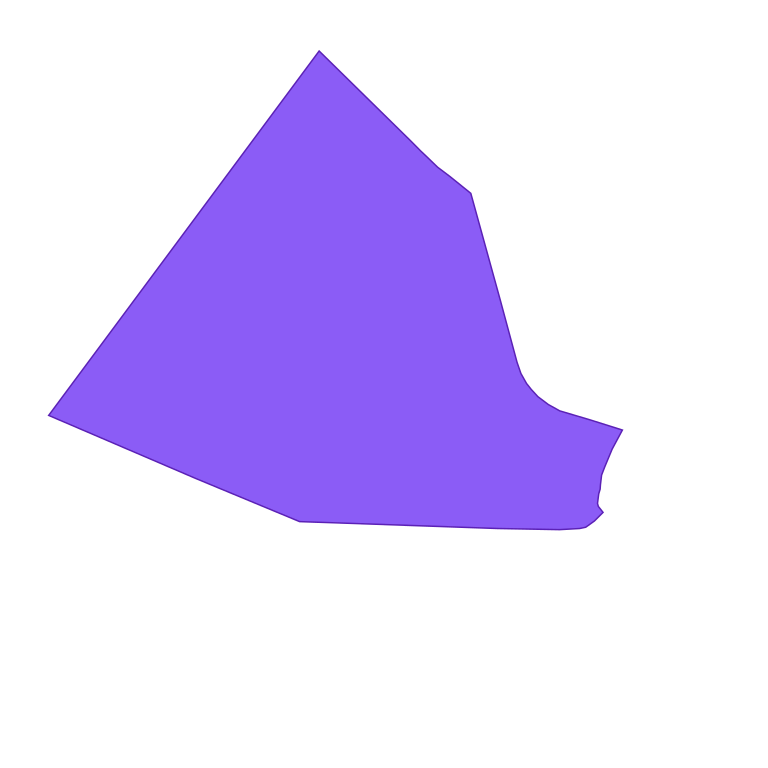 Sebkha, Nouakchott, Mauritania (Robinson projection), rotated 37°
{"feature_id": "47542326B41815213489591", "entity_name": "Sebkha", "entity_type": "district", "adm_level": 2, "iso_a3": "MRT", "parent_name": "Mauritania", "parent_adm1": "Nouakchott", "projection": "robinson", "projection_center": [-16.0, 18.075], "detail": "fine", "context": "isolated", "style": "filled", "palette": "violet", "viewbox_px": 768, "rotation_deg": 37, "n_neighbors": 0, "source": "geoboundaries", "source_scale": "gbopen_adm2", "svg_char_len": 590}
<svg xmlns="http://www.w3.org/2000/svg" viewBox="0 0 768 768"><g transform="rotate(37 384 384)"><path d="M636.2,354.7L628.9,352.8L626.4,350.9L621.6,342.5L619.9,337.9L617.5,334.2L612.6,325.8L610.2,317.4L605.4,298.7L602.1,277.3L570.5,288.5L540.5,299.7L527.5,301.5L514.5,301.5L504.8,299.7L497.5,297.8L487.0,293.2L477.2,286.6L427.0,247.5L338.6,179.5L311.8,178.6L296.4,178.6L281.0,176.7L272.9,175.8L259.9,173.9L131.8,157.1L135.1,610.9L290.7,572.7L399.4,544.7L561.6,431.1L611.8,394.7L627.2,381.7L631.3,377.0L634.5,366.8L636.2,354.7Z" fill="#8b5cf6" stroke="#5b21b6" stroke-width="1.5"/></g></svg>